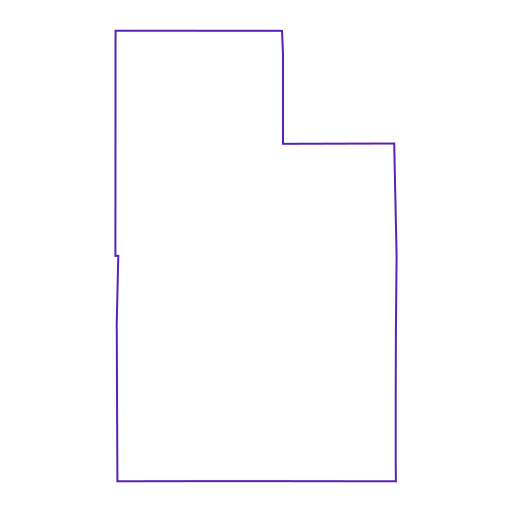 Caddo, Oklahoma, United States of America (Mercator projection)
{"feature_id": "52423323B82661835696463", "entity_name": "Caddo", "entity_type": "district", "adm_level": 2, "iso_a3": "USA", "parent_name": "United States of America", "parent_adm1": "Oklahoma", "projection": "mercator", "projection_center": [-98.392, 35.203], "detail": "fine", "context": "isolated", "style": "outline", "palette": "violet", "viewbox_px": 512, "rotation_deg": 0, "n_neighbors": 0, "source": "geoboundaries", "source_scale": "gbopen_adm2", "svg_char_len": 395}
<svg xmlns="http://www.w3.org/2000/svg" viewBox="0 0 512 512"><path d="M115.6,30.7L115.5,40.7L115.5,87.4L115.4,255.9L118.3,255.9L116.7,324.9L116.8,336.1L117.4,481.3L156.7,481.2L240.3,481.1L395.9,481.3L395.7,462.6L395.7,397.3L395.9,330.6L396.6,256.2L394.2,143.5L286.0,143.8L283.0,143.8L283.0,53.6L282.0,30.9L279.4,30.8L240.8,30.8L115.6,30.7Z" fill="none" stroke="#5b21b6" stroke-width="2"/></svg>